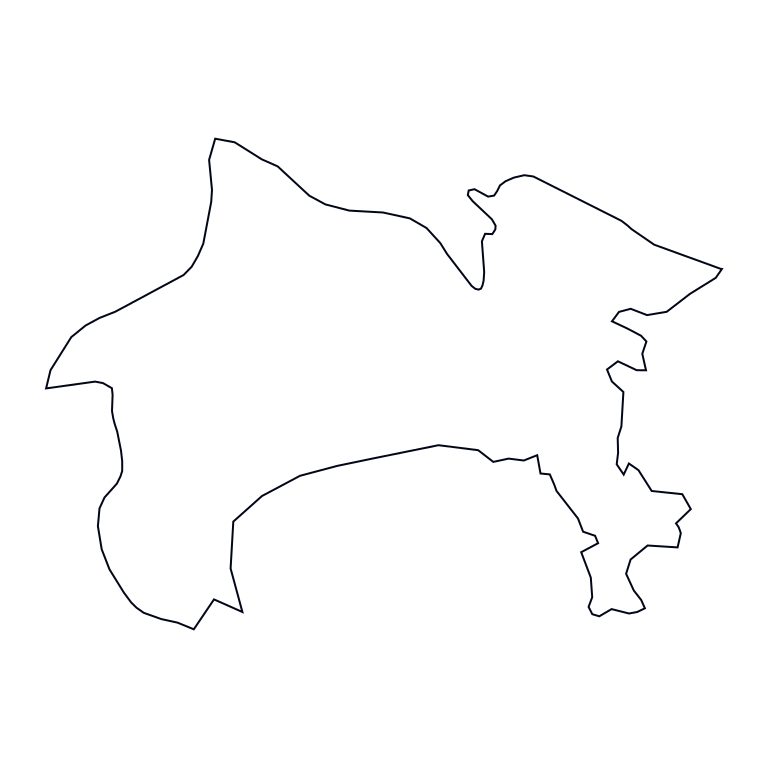 an SVG outline of Kanagawa
{"feature_id": "JPN-1857", "entity_name": "Kanagawa", "entity_type": "Prefecture", "adm_level": 1, "iso_a3": "JPN", "parent_name": "Japan", "parent_adm1": "", "projection": "robinson", "projection_center": [139.409, 35.386], "detail": "fine", "context": "isolated", "style": "outline", "palette": "ink", "viewbox_px": 768, "rotation_deg": 0, "n_neighbors": 0, "source": "natural_earth", "source_scale": "10m", "svg_char_len": 1931}
<svg xmlns="http://www.w3.org/2000/svg" viewBox="0 0 768 768"><path d="M721.9,269.0L715.8,277.8L689.9,293.9L666.7,311.8L647.0,315.1L630.7,308.8L619.0,311.9L612.0,321.3L627.1,328.4L641.1,335.8L646.4,341.5L642.3,353.8L646.0,370.3L636.6,370.2L617.9,361.3L607.0,369.5L611.9,381.5L623.4,392.0L621.4,426.4L617.7,438.0L618.1,452.9L616.7,464.3L623.7,474.6L628.9,463.5L638.5,470.2L651.7,491.0L682.3,494.2L690.8,509.1L676.0,523.4L678.6,527.1L679.8,530.2L680.8,533.2L677.6,547.4L647.6,545.5L630.6,559.5L626.1,573.8L633.8,590.5L641.2,600.0L644.9,608.3L637.2,612.0L629.0,613.5L611.6,609.1L599.3,616.3L592.3,614.2L588.6,606.9L592.2,597.2L590.8,577.6L581.2,552.2L598.1,543.2L595.1,535.8L583.1,531.7L578.0,518.5L556.5,490.9L554.1,484.3L549.8,474.4L540.5,473.5L537.2,455.2L523.8,460.5L508.6,458.6L493.3,461.9L478.2,450.2L438.5,445.2L373.8,458.3L337.2,465.9L300.0,475.8L262.0,496.0L233.3,521.6L230.6,568.5L242.4,612.0L214.0,599.4L193.8,629.3L177.4,622.6L161.4,619.1L143.7,612.8L136.5,607.7L131.2,602.5L123.8,592.5L109.5,569.4L101.7,549.3L97.9,526.2L99.5,508.4L104.5,497.5L116.9,483.6L120.5,476.3L122.2,471.0L122.2,461.1L121.0,450.6L117.2,431.6L114.6,423.6L113.2,418.1L112.0,411.0L112.6,394.9L111.9,388.2L103.0,383.1L95.1,381.6L46.1,388.4L50.5,370.2L71.3,337.1L85.6,325.5L99.4,318.0L115.3,311.7L183.6,275.0L191.7,266.7L197.9,256.0L203.3,243.6L211.2,202.0L212.0,190.0L209.1,159.9L215.2,138.7L234.7,142.3L261.7,159.3L277.7,166.4L309.3,195.7L325.4,204.4L349.3,210.6L383.0,212.5L409.9,218.4L426.5,228.0L440.3,243.1L447.1,254.0L471.6,285.9L475.3,288.8L478.6,289.6L481.0,288.6L482.5,285.4L483.6,280.7L484.2,272.1L481.9,241.3L485.1,233.8L492.3,234.1L495.3,229.5L495.6,225.7L491.9,219.3L472.6,201.1L467.8,195.1L468.7,190.5L474.5,189.2L488.1,196.6L494.1,195.6L497.1,191.2L500.0,185.4L505.6,181.2L513.9,177.6L524.3,175.2L533.4,176.5L621.4,220.8L627.3,225.3L631.5,229.1L654.2,244.7L720.3,268.7L721.9,269.0Z" fill="none" stroke="#020617" stroke-width="2"/></svg>